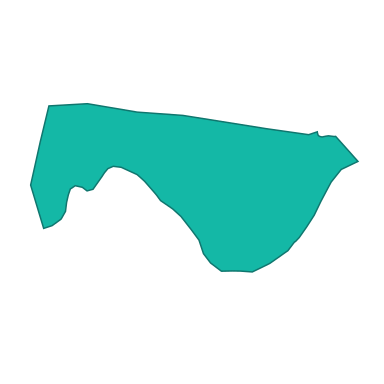 the district of Derniere Riviere/Fond Petit, Dennery, Saint Lucia, rotated 187°
{"feature_id": "8701671B2567370595513", "entity_name": "Derniere Riviere/Fond Petit", "entity_type": "district", "adm_level": 2, "iso_a3": "LCA", "parent_name": "Saint Lucia", "parent_adm1": "Dennery", "projection": "orthographic", "projection_center": [-60.931, 13.967], "detail": "fine", "context": "isolated", "style": "filled", "palette": "teal", "viewbox_px": 384, "rotation_deg": 187, "n_neighbors": 0, "source": "geoboundaries", "source_scale": "gbopen_adm2", "svg_char_len": 1308}
<svg xmlns="http://www.w3.org/2000/svg" viewBox="0 0 384 384"><g transform="rotate(187 192 192)"><path d="M344.5,260.0L348.7,223.6L353.0,179.2L334.8,137.8L327.3,141.3L326.7,141.6L318.9,148.9L318.5,149.4L315.8,155.9L315.2,157.3L315.2,166.4L314.5,173.1L314.4,174.1L313.1,180.2L311.5,181.5L308.7,184.0L301.4,183.3L297.5,181.0L296.3,180.3L292.9,181.7L290.6,182.6L283.0,196.8L282.3,198.3L281.2,200.5L279.7,202.8L278.4,204.9L273.3,207.9L265.3,207.9L254.9,204.6L248.6,202.6L243.5,199.1L240.3,196.8L236.5,193.4L231.7,189.1L228.5,186.2L226.5,184.3L224.2,181.8L222.1,179.6L216.5,176.7L209.2,172.9L200.7,166.9L200.1,166.5L188.2,154.6L179.2,145.1L173.1,132.2L164.9,123.8L153.4,117.1L153.1,117.0L142.0,118.6L134.4,119.4L122.4,120.0L115.3,124.6L114.8,124.9L106.1,130.6L99.9,136.2L95.6,140.1L92.1,143.3L89.7,145.4L84.4,154.5L84.0,155.1L83.6,155.2L83.3,155.4L80.0,159.9L79.2,161.4L74.1,171.0L67.9,183.8L63.0,198.2L61.3,202.7L57.9,211.6L56.5,215.2L55.1,218.8L50.2,226.8L46.6,232.6L35.5,239.7L31.0,242.6L44.2,254.2L56.2,264.7L57.6,264.4L61.3,264.4L63.4,264.4L66.0,263.7L66.5,263.5L67.5,263.2L69.5,262.5L70.1,262.5L71.8,262.7L72.1,262.8L72.9,263.1L74.0,264.1L74.3,265.0L74.8,266.2L75.0,267.0L83.2,263.1L126.1,263.9L210.4,266.9L256.2,264.6L306.5,266.9L344.5,260.0Z" fill="#14b8a6" stroke="#0f766e" stroke-width="1.5"/></g></svg>